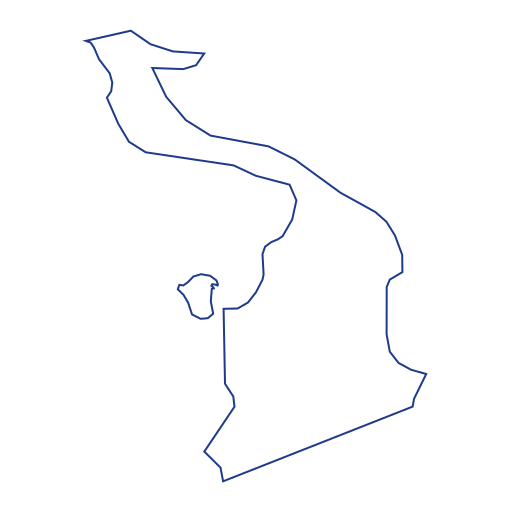 SVG path tracing the border of Central Abaco
{"feature_id": "BHS-5015", "entity_name": "Central Abaco", "entity_type": "District", "adm_level": 1, "iso_a3": "BHS", "parent_name": "The Bahamas", "parent_adm1": "", "projection": "orthographic", "projection_center": [-77.217, 26.497], "detail": "fine", "context": "isolated", "style": "outline", "palette": "blue", "viewbox_px": 512, "rotation_deg": 0, "n_neighbors": 0, "source": "natural_earth", "source_scale": "10m", "svg_char_len": 1140}
<svg xmlns="http://www.w3.org/2000/svg" viewBox="0 0 512 512"><path d="M223.1,481.3L220.5,467.6L204.3,451.6L234.5,406.7L233.3,396.5L225.0,383.7L223.6,308.8L237.6,308.5L247.9,302.6L255.9,292.4L262.5,279.7L263.6,274.4L262.5,254.1L265.1,246.7L271.1,242.2L277.9,239.3L282.6,236.2L292.2,219.5L296.4,200.4L289.6,184.7L255.9,175.8L233.6,165.4L145.7,152.3L129.0,141.8L118.3,123.8L106.9,97.7L111.2,91.2L112.3,82.6L109.7,73.3L99.0,59.2L94.1,47.8L90.7,42.6L85.8,40.9L130.8,30.7L150.5,44.2L172.8,51.4L204.2,53.5L196.1,65.2L183.3,69.1L152.3,68.0L166.2,96.8L185.8,120.1L210.5,135.6L268.6,146.4L294.7,159.4L340.4,192.7L375.3,212.0L386.4,221.7L395.0,235.5L402.2,254.9L402.4,272.1L389.8,279.6L386.7,287.0L386.6,334.4L389.8,351.7L398.6,363.0L411.2,369.8L426.2,374.0L414.1,398.7L412.6,406.6L223.1,481.3ZM210.2,275.8L216.5,280.5L217.9,284.4L217.5,285.5L215.7,284.7L212.2,284.2L211.4,285.8L213.5,287.6L213.8,288.4L211.8,288.9L210.8,301.4L213.2,313.7L207.9,318.1L204.1,318.6L200.4,318.7L192.0,314.4L188.1,302.6L183.4,294.7L177.8,289.3L179.3,284.9L183.4,285.4L188.0,282.1L193.4,276.5L201.1,274.2L210.2,275.8Z" fill="none" stroke="#1e3a8a" stroke-width="2"/></svg>